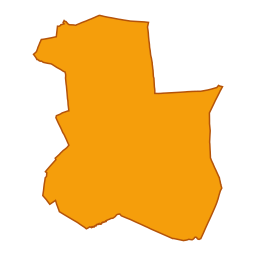 Jaunlaicenes pag., Aluksne, Latvia
{"feature_id": "27541924B93978153905592", "entity_name": "Jaunlaicenes pag.", "entity_type": "district", "adm_level": 2, "iso_a3": "LVA", "parent_name": "Latvia", "parent_adm1": "Aluksne", "projection": "orthographic", "projection_center": [26.875, 57.536], "detail": "fine", "context": "isolated", "style": "filled", "palette": "amber", "viewbox_px": 256, "rotation_deg": 0, "n_neighbors": 0, "source": "geoboundaries", "source_scale": "gbopen_adm2", "svg_char_len": 4945}
<svg xmlns="http://www.w3.org/2000/svg" viewBox="0 0 256 256"><path d="M64.4,21.0L64.1,20.6L63.1,22.5L64.1,23.8L61.9,24.5L60.9,24.7L60.3,25.6L58.9,26.3L57.5,26.2L56.3,36.7L51.3,37.8L50.2,38.0L47.6,38.5L44.9,39.0L43.0,39.3L41.3,39.5L40.6,41.1L40.5,41.3L40.4,41.6L39.8,42.8L39.4,43.9L38.8,45.4L37.9,47.5L37.7,48.3L36.9,50.5L36.4,51.7L34.5,53.5L33.5,54.3L34.9,56.2L35.9,57.6L36.4,58.5L36.9,59.5L37.0,59.5L37.1,59.4L37.3,59.3L37.5,59.4L37.7,59.5L38.0,59.8L38.2,60.0L38.4,60.1L38.6,60.2L38.9,60.3L39.0,60.6L39.5,60.9L40.2,61.1L40.6,61.2L40.9,61.1L41.1,61.0L41.4,61.1L41.8,61.3L42.3,61.6L42.8,62.0L43.1,62.2L43.2,62.3L44.9,62.7L47.7,63.3L51.3,63.9L52.9,64.9L55.1,66.3L56.6,67.3L61.0,69.7L63.2,71.2L65.1,72.1L65.7,74.9L65.6,76.3L65.7,76.9L65.5,77.7L65.6,78.9L66.1,83.9L66.4,85.8L66.7,89.3L67.0,92.4L67.2,94.8L67.5,98.6L67.8,100.4L67.9,100.6L67.9,101.4L68.0,102.6L68.1,104.7L68.3,106.2L68.6,108.7L68.7,109.7L68.8,110.8L68.0,110.9L62.5,112.8L62.0,113.0L60.3,114.1L56.4,115.7L55.9,117.7L58.3,123.0L60.8,128.0L61.9,130.4L62.4,131.7L63.2,133.2L64.0,134.4L66.4,139.5L67.5,142.1L68.9,145.2L68.3,145.9L66.9,147.6L65.1,149.1L63.2,150.5L62.6,151.1L61.7,152.0L60.5,153.1L60.0,153.8L59.8,153.9L59.7,154.1L57.1,156.5L55.2,158.2L55.9,159.7L54.6,161.1L50.5,165.7L46.8,170.0L45.4,171.7L46.8,172.8L46.5,176.4L45.2,177.8L44.9,180.2L44.2,184.4L43.8,187.9L43.6,189.8L43.5,190.7L43.0,194.0L42.8,195.6L46.7,200.1L46.8,200.3L47.2,200.9L49.8,204.3L50.7,203.7L55.5,200.4L56.4,203.3L56.7,204.5L57.2,205.6L58.4,208.9L58.9,210.2L59.1,210.9L59.4,211.7L63.5,214.2L63.8,214.4L71.7,219.1L77.5,222.5L80.6,224.7L84.8,227.5L86.3,228.8L87.5,228.3L89.4,227.1L89.9,226.8L90.2,227.0L91.3,227.6L91.4,227.4L91.7,227.3L91.8,227.3L91.6,226.9L92.1,226.6L92.8,226.9L92.9,227.0L93.3,226.9L93.6,227.0L93.6,226.8L93.5,226.7L94.1,226.7L94.4,226.7L94.5,226.4L94.4,226.1L94.9,225.8L95.4,225.9L95.6,226.0L95.8,226.0L95.7,225.5L95.8,225.4L96.2,225.3L96.5,225.2L96.5,224.6L97.3,224.5L97.4,224.2L97.5,224.2L98.0,224.4L98.5,223.9L98.8,223.7L98.8,223.9L98.8,224.2L98.9,224.3L99.0,224.2L99.4,224.1L99.6,224.0L99.8,224.1L100.0,224.1L100.4,223.9L100.6,223.8L100.7,224.2L101.2,224.1L101.5,223.8L101.9,223.2L101.9,222.8L101.9,222.6L102.2,222.4L102.6,222.4L103.1,222.0L103.4,222.1L103.6,222.3L103.7,222.2L103.8,222.1L104.0,222.1L104.3,222.1L104.6,221.9L104.8,221.9L105.0,221.8L105.1,221.6L105.4,221.5L105.9,221.6L106.0,221.6L106.2,221.4L106.3,221.0L106.3,220.9L106.1,220.8L106.0,220.7L106.8,220.4L107.0,220.2L107.3,220.1L108.1,219.7L108.8,219.5L109.9,219.0L111.0,218.4L112.3,218.3L113.1,218.1L113.8,217.6L115.0,216.7L115.4,216.4L116.3,215.2L116.7,214.8L117.8,214.3L118.4,214.2L118.5,214.2L118.8,214.1L119.1,214.1L119.3,214.1L119.5,214.0L119.8,214.0L121.3,215.8L126.1,217.8L130.4,219.5L135.5,221.9L140.7,224.2L146.5,226.9L147.1,227.1L149.7,228.4L150.5,228.8L152.3,229.6L162.1,233.9L172.8,238.6L173.7,238.5L179.4,239.7L183.6,240.6L183.8,240.6L184.2,240.4L184.3,240.4L185.3,240.3L186.3,240.1L187.2,239.9L188.3,239.5L188.7,239.3L190.1,239.5L191.4,239.7L192.3,239.7L192.8,239.4L193.7,238.8L194.7,237.5L195.1,237.2L196.0,237.2L196.8,237.7L197.1,238.4L197.5,238.8L197.9,239.1L199.1,239.4L200.2,238.9L200.5,238.6L200.8,238.6L202.2,235.6L203.7,232.3L205.2,228.8L207.1,224.6L207.3,224.2L208.0,222.6L209.4,219.7L211.7,214.6L215.3,206.4L215.8,205.1L216.0,204.7L217.1,201.8L217.4,200.6L217.8,199.7L218.3,197.9L218.8,196.0L219.1,194.9L220.4,190.7L220.9,189.8L221.4,188.8L221.8,188.1L221.0,185.5L221.0,184.8L220.6,184.0L220.4,182.7L219.9,180.4L219.7,179.9L219.5,178.7L219.4,177.9L218.5,176.0L215.6,169.6L215.4,169.2L214.7,167.8L213.4,164.8L212.9,163.5L212.7,163.2L212.1,161.9L211.4,160.4L210.8,158.7L210.5,158.2L210.4,157.1L210.4,156.1L210.3,154.3L210.2,151.8L210.1,150.3L209.9,146.0L209.8,143.9L209.6,142.2L209.9,135.9L210.2,130.7L209.6,124.7L209.5,123.7L209.5,120.4L209.5,120.2L209.4,112.9L213.9,103.6L215.4,100.4L216.7,97.9L219.4,92.6L220.1,91.1L221.7,88.2L222.5,86.7L221.4,86.4L220.1,86.1L219.4,85.9L218.6,85.4L216.7,87.6L215.8,87.8L213.4,88.5L211.0,89.2L207.7,90.0L200.6,91.3L198.9,91.3L198.1,91.3L197.7,91.3L193.6,91.4L187.4,91.7L185.5,91.9L179.5,92.3L179.2,92.3L166.9,93.0L163.0,93.2L160.9,93.4L160.2,93.4L158.6,93.5L154.8,93.4L154.8,91.9L154.8,90.5L154.6,88.3L154.4,87.1L154.2,83.5L153.9,78.2L153.8,77.9L153.4,76.6L153.0,70.1L152.8,69.0L152.6,67.0L152.3,64.7L152.2,64.1L152.2,62.9L151.9,61.2L151.4,58.2L150.8,55.8L150.6,54.7L150.2,50.7L149.6,47.3L149.4,44.1L149.0,41.2L148.9,40.5L148.5,36.3L148.4,34.7L148.3,33.0L148.1,31.4L148.0,30.3L147.8,29.2L147.5,27.0L148.5,22.4L144.1,21.9L140.6,21.7L135.5,21.4L130.5,21.1L128.7,20.8L124.1,20.1L120.1,19.4L119.1,19.3L111.4,17.8L108.8,17.4L103.9,16.4L102.0,15.9L101.3,15.8L100.4,15.5L99.3,15.4L99.2,15.4L95.7,16.9L95.4,17.1L94.2,17.6L92.3,18.4L91.5,18.8L89.3,19.6L85.8,21.1L84.4,21.6L81.5,22.7L79.5,23.6L76.3,24.9L75.8,25.3L74.6,25.1L73.2,24.9L70.1,24.8L68.5,24.4L67.6,23.4L66.7,22.4L66.2,21.8L66.1,21.6L65.4,21.4L64.4,21.0Z" fill="#f59e0b" stroke="#b45309" stroke-width="1.5"/></svg>